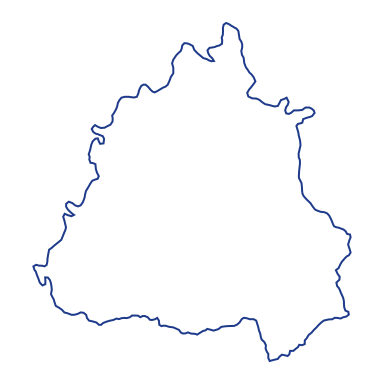 Martinho Campos, Minas Gerais, Brazil
{"feature_id": "56859067B12080288578715", "entity_name": "Martinho Campos", "entity_type": "district", "adm_level": 2, "iso_a3": "BRA", "parent_name": "Brazil", "parent_adm1": "Minas Gerais", "projection": "natural_earth1", "projection_center": [-45.194, -19.388], "detail": "fine", "context": "isolated", "style": "outline", "palette": "blue", "viewbox_px": 384, "rotation_deg": 0, "n_neighbors": 0, "source": "geoboundaries", "source_scale": "gbopen_adm2", "svg_char_len": 4968}
<svg xmlns="http://www.w3.org/2000/svg" viewBox="0 0 384 384"><path d="M91.7,129.0L93.3,132.0L95.5,133.6L97.8,134.2L100.0,135.1L102.8,136.2L104.1,138.9L103.5,143.4L100.1,143.8L98.7,141.1L97.8,138.4L95.4,138.7L92.7,141.3L91.3,144.7L90.6,147.9L90.0,150.5L88.7,154.4L89.7,156.7L89.3,159.5L90.5,162.8L92.9,163.1L95.4,164.1L95.9,169.2L97.0,172.7L98.8,176.2L97.6,178.8L95.0,179.6L92.2,180.8L90.5,183.3L89.1,185.8L87.6,188.3L86.0,190.9L85.2,193.9L84.6,197.5L83.0,202.0L80.6,205.4L78.0,206.4L75.2,205.4L72.4,203.1L68.8,201.7L66.2,203.8L66.1,206.6L67.6,209.2L69.6,211.3L71.9,213.4L74.0,214.9L71.5,216.2L68.2,215.3L64.7,213.8L63.2,216.7L64.3,220.2L65.2,224.0L66.0,227.3L65.3,230.2L64.2,232.6L62.8,236.2L61.3,239.8L58.8,241.9L56.6,243.7L54.3,245.5L51.8,247.8L49.1,249.7L48.5,252.8L48.0,255.5L47.5,258.5L47.3,262.1L46.6,264.9L44.6,266.3L42.0,265.7L39.3,265.7L36.1,264.8L33.4,266.4L34.4,269.7L36.0,272.0L36.8,274.7L38.2,278.1L39.8,282.6L42.4,285.4L45.3,284.2L45.4,281.0L45.2,277.4L47.8,277.5L49.8,279.9L50.8,282.6L51.4,285.8L51.8,289.7L51.0,294.1L52.4,297.0L53.7,299.3L54.5,302.2L55.8,305.9L59.3,307.9L62.0,309.8L64.4,312.5L67.0,313.1L69.2,313.9L71.5,314.8L74.2,314.8L77.7,313.9L80.7,312.4L83.6,312.8L86.2,314.9L87.0,318.0L89.0,320.6L93.0,321.5L96.4,322.5L98.9,324.8L101.1,324.8L103.1,323.0L106.4,321.7L109.8,320.7L113.3,320.0L116.4,318.6L119.1,319.1L121.5,318.2L124.0,317.9L126.9,318.1L129.7,317.3L132.1,315.5L135.3,315.5L138.1,315.7L140.3,317.2L142.5,316.1L144.8,316.0L147.8,317.3L149.8,319.7L152.0,320.0L155.1,319.2L157.2,317.9L158.9,320.6L159.3,324.8L161.4,326.1L163.9,325.6L166.1,325.9L169.0,326.8L173.4,327.4L176.5,328.8L179.0,329.9L180.8,332.5L182.8,333.5L185.5,333.4L187.9,332.4L191.2,333.6L194.9,333.8L197.2,334.6L200.2,332.7L203.0,331.0L205.4,330.4L207.3,328.9L210.9,329.8L213.6,330.6L216.2,329.8L218.5,329.1L221.2,326.9L225.1,326.3L228.1,326.1L230.5,326.0L234.2,325.9L237.1,324.6L239.6,322.4L241.7,319.2L243.8,317.8L246.6,318.2L249.8,319.2L253.7,319.2L256.2,320.6L258.1,326.6L259.1,330.9L260.2,333.4L260.7,336.5L261.6,339.5L264.3,342.0L265.9,345.2L265.6,348.7L266.9,351.8L268.3,353.9L268.3,358.0L269.7,361.0L272.2,360.3L274.9,359.6L277.7,359.0L279.5,356.7L281.9,354.7L285.4,355.4L287.6,356.0L289.3,354.4L290.1,350.9L293.3,350.9L295.6,348.9L298.0,347.1L299.2,344.8L302.0,345.2L304.7,344.1L304.8,340.3L306.4,338.7L308.7,334.9L311.5,332.7L313.9,329.9L316.4,327.5L319.0,324.6L321.4,322.4L323.7,320.6L326.2,320.0L328.9,319.4L332.1,319.3L334.8,317.8L337.3,317.9L340.6,318.5L343.1,317.3L346.4,316.5L348.8,314.6L348.3,311.8L345.4,310.6L344.2,307.2L344.0,304.1L343.9,301.1L343.2,297.9L342.0,295.2L340.9,292.9L340.0,290.4L338.9,288.1L337.1,286.0L336.4,282.6L339.4,279.7L339.7,276.7L337.7,274.0L335.9,270.2L338.6,268.1L340.2,264.6L341.9,261.7L344.4,258.8L346.7,256.4L348.9,255.3L350.6,252.5L349.5,248.7L348.1,244.6L349.3,240.5L350.6,237.3L350.0,234.5L347.2,234.0L345.6,231.2L343.5,229.5L341.3,228.7L339.1,227.8L336.2,227.2L334.1,226.3L333.0,224.1L331.9,221.2L330.7,218.5L329.2,215.6L327.2,213.4L324.4,212.2L320.7,211.8L318.0,210.9L315.1,209.6L312.9,206.8L310.6,203.3L307.4,200.2L305.1,197.8L303.6,196.0L302.5,193.7L302.1,190.9L302.0,188.0L301.5,183.0L300.0,180.1L298.9,177.8L298.9,175.1L299.2,170.5L300.0,163.3L299.8,159.8L298.8,157.5L298.6,153.7L299.5,149.7L300.5,145.4L300.1,140.8L299.5,138.3L298.8,135.7L298.3,132.3L297.3,129.0L296.4,126.0L297.8,124.0L299.9,123.5L302.3,122.7L303.2,119.1L306.7,117.8L309.8,117.0L312.1,116.1L314.6,112.9L313.7,110.4L311.8,108.8L309.3,107.5L305.6,107.5L302.1,110.0L298.0,110.4L293.9,110.4L291.1,112.8L288.9,113.9L286.2,113.4L285.2,110.4L286.1,107.1L287.6,105.2L288.7,102.0L286.6,97.7L283.8,99.1L280.9,100.1L279.6,102.7L277.9,105.9L274.8,106.5L272.0,105.8L268.8,104.9L265.2,104.2L262.1,102.1L259.3,99.8L256.5,98.6L252.0,98.3L248.3,96.4L247.2,92.9L249.0,89.7L250.8,87.6L253.0,84.8L255.4,81.4L253.7,77.3L251.7,74.6L249.4,72.5L247.8,69.9L245.9,67.3L244.3,63.1L243.6,57.7L242.0,54.9L241.3,51.1L242.2,47.5L242.2,44.4L241.4,41.8L239.6,39.0L238.9,34.6L238.4,31.1L236.7,28.8L234.2,27.4L231.1,25.6L228.7,24.0L226.0,23.0L223.7,24.7L222.9,28.0L223.0,31.3L222.8,34.9L221.7,37.6L222.2,40.4L222.0,43.7L219.5,45.4L216.6,46.2L214.5,47.1L211.9,47.5L209.5,47.9L207.5,50.2L208.1,52.9L209.6,55.7L212.3,58.3L213.9,61.0L211.5,61.2L209.2,60.5L206.6,59.0L203.3,58.1L200.2,55.5L197.1,52.9L194.3,49.9L192.7,45.9L189.1,44.0L186.7,43.3L184.3,43.2L182.2,45.6L181.7,48.6L180.7,51.0L178.7,52.8L176.6,54.9L175.2,56.8L173.2,59.9L172.1,63.4L173.3,67.7L173.3,73.3L170.9,76.9L169.4,81.0L167.7,84.8L165.5,86.6L163.1,87.6L160.4,89.2L157.3,91.1L154.6,92.4L152.6,91.6L150.6,89.8L148.0,86.7L145.6,84.7L143.3,84.7L141.3,85.9L139.9,88.3L138.9,90.8L138.3,93.6L136.8,96.8L134.0,97.5L131.3,97.2L128.8,96.8L124.8,96.8L121.4,97.7L119.3,100.3L117.9,103.0L117.2,106.3L116.2,109.0L115.0,111.2L113.8,113.3L112.2,115.4L112.7,118.5L112.5,121.6L110.4,124.7L107.3,126.2L104.6,127.7L101.1,128.0L99.0,127.3L97.0,126.3L95.0,125.1L93.3,126.7L91.7,129.0Z" fill="none" stroke="#1e3a8a" stroke-width="2"/></svg>